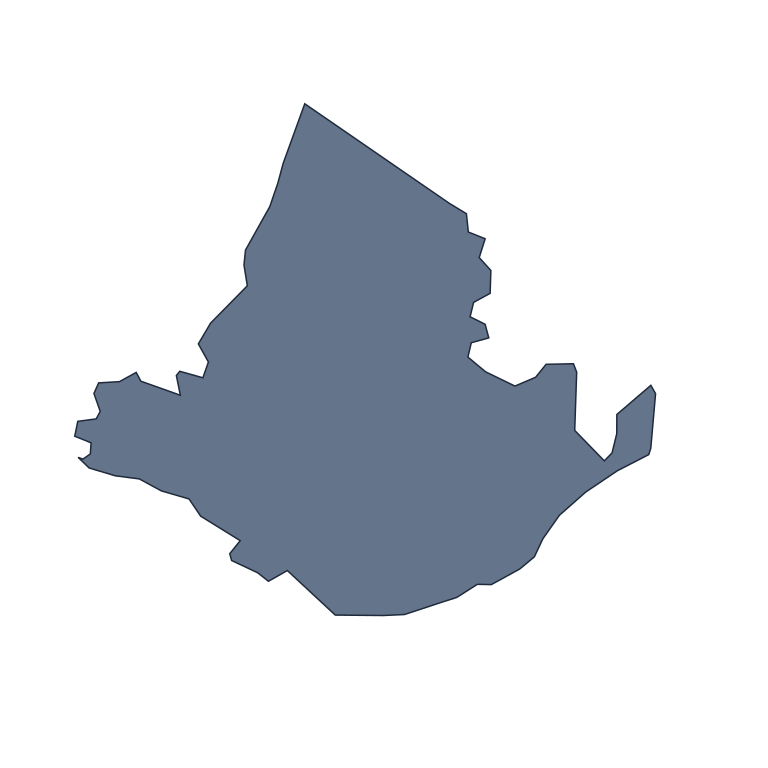 the district of Filingué, Tillabéri, Niger, rotated 21°
{"feature_id": "23599985B22646074094064", "entity_name": "Filingué", "entity_type": "district", "adm_level": 2, "iso_a3": "NER", "parent_name": "Niger", "parent_adm1": "Tillabéri", "projection": "albers", "projection_center": [3.193, 14.311], "detail": "fine", "context": "isolated", "style": "filled", "palette": "slate", "viewbox_px": 768, "rotation_deg": 21, "n_neighbors": 0, "source": "geoboundaries", "source_scale": "gbopen_adm2", "svg_char_len": 1154}
<svg xmlns="http://www.w3.org/2000/svg" viewBox="0 0 768 768"><g transform="rotate(21 384 384)"><path d="M124.7,562.1L138.9,568.1L166.1,566.0L189.6,560.3L214.5,563.6L243.2,561.2L260.2,573.1L305.9,581.8L300.8,597.7L305.0,603.4L333.7,605.5L346.8,609.6L360.6,592.8L421.3,617.2L466.3,600.4L485.7,591.9L515.3,567.7L528.4,557.2L542.9,537.6L556.1,532.8L557.8,530.8L577.0,508.1L586.3,491.5L587.8,471.5L594.8,443.7L611.1,412.5L633.0,381.3L656.5,355.0L656.1,348.4L641.0,295.7L633.6,289.6L612.3,329.0L619.1,347.0L621.6,366.6L617.2,376.8L578.7,359.0L559.6,303.8L553.6,297.2L528.3,307.5L523.1,323.4L507.0,339.0L474.4,336.2L452.7,328.8L450.7,314.2L465.3,303.4L457.0,292.0L440.3,290.4L438.4,275.7L450.6,261.3L443.1,239.7L427.6,231.9L426.4,212.2L408.3,211.9L399.9,195.5L380.1,191.9L209.6,150.8L210.8,214.3L212.9,234.4L213.8,259.2L206.7,308.6L210.6,323.0L221.2,341.3L200.3,389.3L196.3,413.1L212.2,426.4L212.7,443.1L188.8,445.3L187.1,450.5L197.9,467.5L156.0,468.5L148.5,462.0L136.2,476.6L117.2,485.2L116.6,496.8L128.9,511.3L127.8,519.7L111.5,528.6L114.0,543.6L131.6,543.9L134.9,554.5L129.9,562.0L124.7,562.1Z" fill="#64748b" stroke="#1e293b" stroke-width="1.5"/></g></svg>